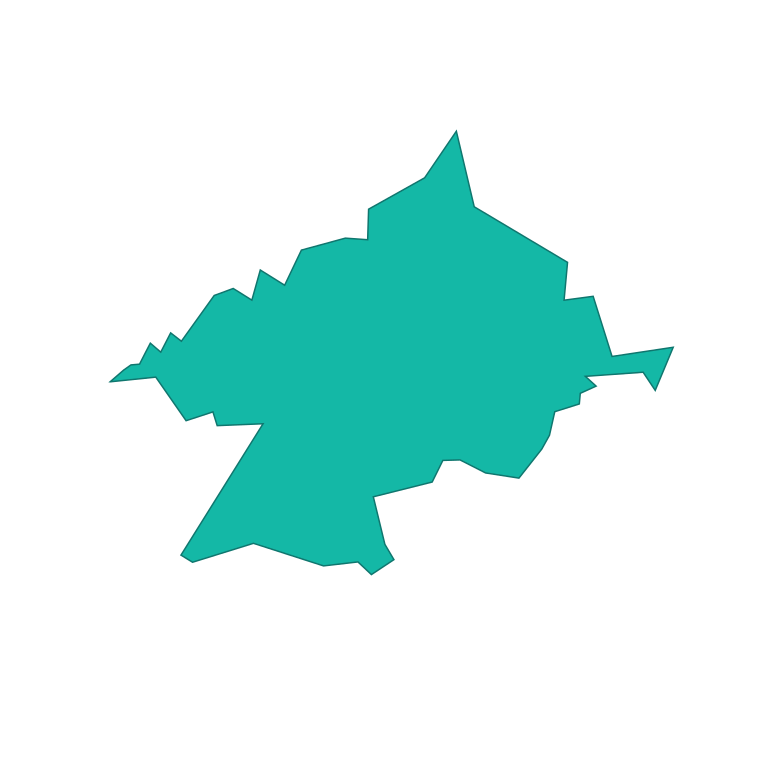 Fier, Fier, Albania (Natural Earth projection), rotated 122°
{"feature_id": "67620474B94080737422449", "entity_name": "Fier", "entity_type": "district", "adm_level": 2, "iso_a3": "ALB", "parent_name": "Albania", "parent_adm1": "Fier", "projection": "natural_earth1", "projection_center": [19.572, 40.718], "detail": "fine", "context": "isolated", "style": "filled", "palette": "teal", "viewbox_px": 768, "rotation_deg": 122, "n_neighbors": 0, "source": "geoboundaries", "source_scale": "gbopen_adm2", "svg_char_len": 867}
<svg xmlns="http://www.w3.org/2000/svg" viewBox="0 0 768 768"><g transform="rotate(122 384 384)"><path d="M245.7,150.6L199.6,158.2L239.8,205.2L198.8,253.1L217.5,275.7L183.6,292.8L185.9,401.4L131.3,456.6L187.6,458.8L243.9,489.7L270.3,474.3L280.8,494.1L314.2,525.0L352.9,520.6L352.9,549.3L382.9,540.5L382.9,562.5L398.9,574.9L455.1,578.5L453.7,592.0L475.3,590.2L473.2,603.8L481.7,603.1L481.9,603.1L494.8,602.0L496.7,601.8L501.9,608.7L510.0,612.1L527.2,617.4L527.1,617.2L499.1,581.2L520.0,532.4L498.3,514.3L507.7,503.4L481.8,465.5L636.7,465.5L636.6,451.9L588.3,410.3L570.3,338.9L548.7,311.8L552.3,293.7L527.7,282.5L519.5,298.3L485.3,333.3L441.6,291.2L417.6,293.6L408.1,279.3L405.6,250.7L392.3,219.7L355.6,215.7L339.8,216.5L317.0,224.5L297.4,207.8L287.9,212.6L273.4,203.0L270.8,217.3L236.7,170.5L245.7,150.6Z" fill="#14b8a6" stroke="#0f766e" stroke-width="1.5"/></g></svg>